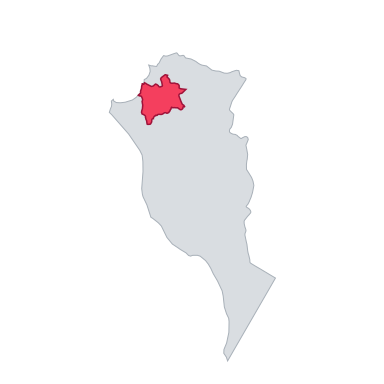 where Taza - Al Hoceima - Taounate sits in Morocco, rotated 300°
{"feature_id": "MAR-1447", "entity_name": "Taza - Al Hoceima - Taounate", "entity_type": "Region", "adm_level": 1, "iso_a3": "MAR", "parent_name": "Morocco", "parent_adm1": "", "projection": "equal_earth", "projection_center": [-4.152, 34.39], "detail": "fine", "context": "in_parent", "style": "filled", "palette": "rose", "viewbox_px": 384, "rotation_deg": 300, "n_neighbors": 0, "source": "natural_earth", "source_scale": "10m", "svg_char_len": 4726}
<svg xmlns="http://www.w3.org/2000/svg" viewBox="0 0 384 384"><g transform="rotate(300 192 192)"><path d="M66.2,304.3L68.2,300.2L71.6,298.4L78.5,297.5L88.9,294.1L98.3,288.9L101.0,286.9L103.8,282.8L108.6,277.5L117.4,271.1L121.5,267.5L127.7,258.6L131.9,251.2L135.3,246.4L137.7,242.2L139.4,238.0L140.5,231.1L139.9,228.4L137.4,224.1L135.8,222.9L135.3,220.8L136.3,217.2L136.4,211.0L137.1,201.0L140.1,193.0L147.2,182.5L148.5,178.2L149.5,171.4L149.6,169.0L158.3,159.4L163.4,152.0L165.2,150.2L169.7,146.8L185.1,139.4L193.9,134.2L199.0,130.4L202.0,125.9L210.5,108.2L218.9,83.5L219.6,80.6L223.2,79.8L225.8,79.5L227.9,78.6L230.4,76.7L232.9,77.5L231.7,78.7L231.6,81.7L233.4,85.3L236.4,89.3L241.9,94.4L246.2,96.4L252.3,97.7L259.5,95.4L263.5,95.4L265.5,94.4L267.6,95.8L271.6,96.3L275.5,95.5L278.4,93.4L280.3,91.0L280.6,92.2L280.7,93.5L281.3,94.2L282.5,97.4L283.1,98.6L285.3,98.4L287.3,99.0L291.7,98.7L295.9,99.2L296.5,101.3L297.7,102.9L302.1,106.6L304.7,108.9L304.8,109.7L304.0,111.5L303.6,112.8L304.3,114.2L305.9,115.9L306.1,116.7L305.7,117.6L304.9,119.4L306.7,124.7L307.0,129.8L306.6,133.4L306.6,135.5L306.9,137.3L308.4,141.5L307.5,148.3L308.7,152.1L310.2,155.1L311.1,160.5L312.4,163.1L314.5,165.4L315.7,166.1L317.9,168.0L319.6,169.6L320.5,171.9L318.5,173.8L316.9,175.5L316.5,177.4L317.3,180.4L317.3,182.0L316.3,182.5L312.0,182.3L308.7,182.2L304.9,182.0L299.6,181.7L296.2,181.6L291.7,181.3L290.1,181.4L286.0,182.3L283.0,182.9L282.5,183.0L281.6,183.8L281.0,186.0L280.4,188.5L279.8,189.6L271.0,193.2L267.5,193.7L265.5,193.3L264.1,193.6L262.8,194.4L262.4,195.6L262.4,197.1L262.6,198.6L263.5,200.7L263.6,202.8L263.1,204.3L263.0,205.8L262.7,207.4L263.2,208.2L264.0,208.4L264.9,209.1L266.1,209.8L267.1,211.1L267.1,212.9L266.2,213.9L265.5,214.5L262.2,215.0L259.5,215.3L256.1,218.3L252.4,221.4L248.1,223.4L246.2,224.0L242.8,225.5L238.8,227.9L236.8,231.8L234.3,236.4L231.9,239.4L228.6,242.3L225.5,243.4L221.7,244.7L216.8,245.8L213.4,246.2L212.3,246.4L209.3,246.5L207.8,246.2L206.7,246.1L206.3,246.4L206.1,247.1L206.1,248.8L205.8,250.6L204.9,252.2L204.2,252.9L203.4,253.2L200.8,252.8L198.7,252.3L193.7,251.6L192.6,251.8L192.3,252.0L190.7,253.0L188.2,255.3L186.5,257.3L185.3,258.2L182.4,258.7L181.1,259.4L175.5,264.4L174.3,265.6L168.6,269.9L167.0,271.3L165.7,272.7L162.3,275.9L160.1,277.3L159.7,278.1L159.6,280.1L159.5,284.4L159.5,288.5L159.4,294.6L159.3,300.6L159.2,307.3L63.5,307.3L66.2,304.3Z" fill="#d9dde1" stroke="#a8b0b8" stroke-width="1"/><path d="M248.9,97.1L249.0,97.1L251.4,97.9L252.0,98.0L252.4,97.8L253.6,97.0L256.5,96.5L258.2,95.6L259.9,95.2L260.8,94.8L261.0,95.1L260.7,95.3L260.7,95.6L260.8,95.8L261.1,96.2L261.4,96.4L261.9,96.4L262.4,96.5L262.8,96.4L262.8,96.6L263.0,97.6L262.8,98.6L263.1,104.0L263.7,104.8L264.7,105.6L265.5,105.8L267.2,106.4L267.5,107.7L267.4,108.4L267.3,109.2L267.2,109.8L266.9,110.2L266.7,110.7L266.8,111.3L267.0,111.9L267.5,112.2L268.6,113.2L269.3,113.2L272.3,110.6L273.0,109.7L273.5,109.0L274.2,108.3L275.7,108.2L280.1,110.1L280.4,110.7L280.5,111.3L280.6,111.9L280.9,112.5L280.6,112.7L280.3,112.6L279.8,112.6L279.3,112.8L279.0,113.1L279.0,113.7L278.5,115.5L278.4,115.8L278.1,116.0L278.0,116.4L277.8,116.7L276.3,117.8L276.0,118.1L275.8,118.5L275.8,118.8L275.8,119.5L276.3,120.5L277.6,122.4L277.9,124.0L278.5,125.5L278.2,126.9L277.6,127.8L275.7,128.8L275.6,129.6L275.9,131.0L277.8,135.4L272.8,134.0L272.0,133.4L271.6,132.9L271.1,132.4L270.4,132.1L269.6,132.1L268.7,132.6L268.0,133.4L265.6,136.4L265.2,136.7L265.0,137.1L263.4,139.3L263.1,139.9L263.0,140.5L263.1,141.3L262.3,142.9L262.0,142.9L261.9,142.5L261.6,141.9L261.1,141.8L259.7,142.3L259.1,142.1L258.6,142.0L258.1,141.7L257.7,141.3L257.4,140.6L257.6,139.8L257.5,138.7L257.8,137.5L256.9,136.0L256.4,134.8L255.3,133.1L255.2,132.5L255.3,132.1L254.9,131.9L254.1,132.0L253.4,132.3L252.3,132.1L251.7,132.1L251.4,132.4L249.9,132.1L249.3,132.2L248.0,131.3L247.6,130.8L247.6,130.2L247.4,129.3L246.8,128.5L245.6,128.0L244.2,127.1L243.6,126.3L243.0,125.0L242.5,124.2L241.7,123.4L241.0,123.5L240.7,123.2L240.5,122.7L240.3,122.2L240.2,122.2L239.8,122.3L239.6,122.2L239.4,122.0L239.2,121.7L238.6,121.5L236.9,121.5L236.6,121.5L236.2,121.9L235.6,121.2L235.2,121.0L234.8,121.0L234.4,121.1L232.6,122.0L231.8,122.1L230.5,122.1L230.1,122.0L229.7,121.8L228.7,120.3L228.5,120.0L228.4,119.8L228.3,119.3L228.7,118.9L231.2,116.9L231.8,115.9L232.9,114.9L233.3,114.4L234.0,114.1L234.4,113.7L234.7,113.0L234.8,112.2L234.8,110.7L234.6,109.8L235.8,108.4L237.5,107.8L239.0,107.5L240.1,107.1L240.9,106.6L242.0,106.3L242.5,105.8L242.9,105.7L243.8,104.8L244.7,104.2L245.0,103.8L245.4,103.5L245.8,103.5L246.4,103.3L247.2,103.1L248.0,102.4L248.7,101.5L249.3,100.7L249.6,99.9L249.3,99.3L249.3,98.6L248.9,98.3L248.9,97.3L248.9,97.1Z" fill="#f43f5e" stroke="#9f1239" stroke-width="1.5"/></g></svg>